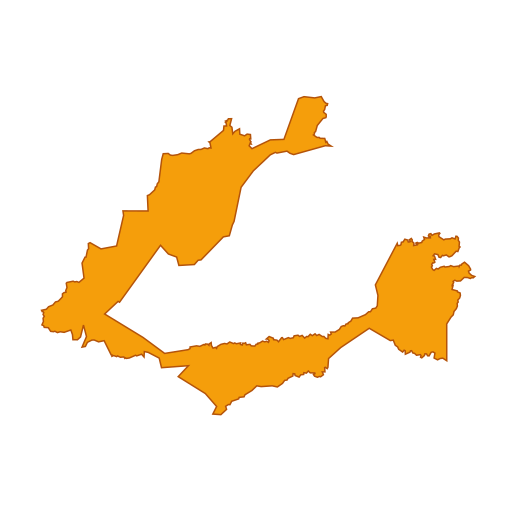 the district of Metlatónoc, Guerrero, Mexico, rotated 267°
{"feature_id": "50627088B85830591431491", "entity_name": "Metlatónoc", "entity_type": "district", "adm_level": 2, "iso_a3": "MEX", "parent_name": "Mexico", "parent_adm1": "Guerrero", "projection": "robinson", "projection_center": [-98.445, 17.124], "detail": "fine", "context": "isolated", "style": "filled", "palette": "amber", "viewbox_px": 512, "rotation_deg": 267, "n_neighbors": 0, "source": "geoboundaries", "source_scale": "gbopen_adm2", "svg_char_len": 6112}
<svg xmlns="http://www.w3.org/2000/svg" viewBox="0 0 512 512"><g transform="rotate(267 256 256)"><path d="M100.4,204.6L99.4,212.6L104.4,218.6L107.5,217.8L109.1,220.6L108.9,222.2L112.2,224.1L114.2,231.2L115.7,231.8L116.0,236.7L118.0,237.7L121.9,244.9L126.3,250.0L125.3,254.3L125.5,265.4L124.1,270.5L127.4,275.8L130.3,278.1L130.5,280.5L132.2,281.6L134.2,286.5L136.6,286.9L136.3,288.5L134.6,288.8L132.8,292.7L135.0,294.4L135.2,297.4L137.0,297.7L136.4,300.2L138.4,302.2L136.5,304.0L136.1,308.6L135.4,308.7L134.6,307.2L132.9,308.2L131.7,311.0L132.4,312.9L132.0,314.2L133.9,317.1L136.8,316.1L136.7,318.8L141.0,318.7L141.2,319.5L139.8,321.2L141.1,322.0L149.8,323.1L160.2,335.9L177.9,365.3L164.5,385.7L164.8,388.7L159.6,390.4L157.8,392.7L155.4,393.6L152.4,397.4L154.2,399.0L153.6,400.0L150.1,400.0L151.9,404.7L153.2,405.3L153.3,406.4L150.9,407.6L150.5,409.2L148.5,411.1L148.9,415.0L148.0,415.6L146.3,415.0L145.6,416.2L147.8,419.0L149.5,419.6L149.3,421.2L147.4,422.1L147.2,423.6L150.7,425.9L151.0,427.7L149.7,429.6L144.8,428.5L142.8,431.9L144.0,434.5L144.2,437.2L141.4,441.0L178.2,442.9L184.7,447.5L186.9,449.9L190.2,450.8L192.9,453.3L195.5,454.5L198.2,454.4L199.4,455.5L201.4,455.2L203.4,457.2L206.0,458.1L208.4,457.9L209.6,455.4L210.6,455.2L212.3,450.0L216.1,451.2L215.9,450.4L216.7,450.4L219.1,452.0L220.3,451.5L221.4,453.3L220.4,455.1L220.4,458.9L223.7,462.8L223.4,466.2L222.3,468.9L223.1,470.3L222.8,471.7L224.1,473.4L225.3,470.4L227.8,467.9L229.8,467.4L230.7,469.5L231.6,469.6L235.2,467.8L238.9,463.9L237.0,460.8L236.2,460.6L236.1,458.9L234.9,458.3L235.4,458.2L235.0,452.8L236.2,449.9L235.4,448.5L235.1,444.1L235.9,443.4L235.1,439.5L233.5,437.2L234.2,435.5L232.3,433.1L233.2,431.8L235.8,430.6L237.0,431.6L238.4,431.0L240.0,432.2L239.7,433.1L240.5,434.3L243.3,433.3L243.2,435.2L246.6,434.2L247.0,432.9L248.8,434.4L247.9,437.7L245.2,438.7L244.8,440.3L246.9,442.2L246.4,443.3L247.1,446.1L245.0,448.7L245.2,449.7L246.0,451.7L250.3,456.1L249.9,457.8L253.8,459.5L254.6,460.7L254.4,459.6L255.1,459.3L259.2,459.9L261.2,458.8L263.3,459.1L265.1,457.8L265.3,456.7L262.6,455.7L263.9,452.7L263.0,450.9L263.0,445.9L262.3,444.4L265.7,439.7L267.5,439.5L269.0,440.8L269.5,440.4L268.7,435.3L267.4,432.8L269.2,431.8L268.8,430.0L267.1,429.2L266.4,429.7L266.5,431.0L265.0,431.1L265.1,427.1L266.1,424.5L263.7,425.1L262.1,422.7L260.8,422.2L260.3,419.1L261.1,417.9L260.8,416.5L260.2,416.4L259.3,418.1L258.7,417.8L258.2,414.0L260.6,414.4L262.4,412.6L263.9,412.9L265.4,412.0L264.3,410.2L262.3,410.8L261.9,409.4L262.2,408.6L263.9,408.6L265.0,405.5L262.4,403.7L262.1,401.9L259.6,401.3L259.1,400.5L258.9,398.1L261.3,397.7L220.9,373.7L210.2,375.7L199.9,374.5L197.7,372.9L197.2,369.5L194.4,367.4L194.4,365.6L191.7,362.2L188.9,354.7L188.9,349.2L186.0,347.3L184.5,344.6L183.6,344.4L183.3,342.3L181.5,341.1L181.8,339.6L181.1,337.4L178.3,335.4L175.9,331.0L176.1,326.5L174.2,327.1L173.1,325.5L173.9,324.0L169.6,323.5L170.1,321.3L172.1,319.6L172.1,318.0L174.4,314.9L173.4,312.5L175.2,310.9L173.5,308.0L175.0,306.1L172.7,303.7L173.0,302.4L171.5,300.3L174.3,297.9L173.4,295.3L174.7,293.8L174.3,289.9L172.4,289.0L171.9,285.8L172.8,284.1L171.1,279.2L173.1,278.1L173.1,277.3L169.2,274.0L170.9,272.5L171.5,269.2L173.0,269.0L174.9,264.9L172.6,262.0L172.4,263.4L170.8,264.7L169.1,263.9L170.3,262.2L169.8,260.2L170.7,258.1L169.1,255.2L168.8,253.2L167.9,253.1L167.9,251.6L166.1,250.1L166.5,246.5L168.1,245.3L167.8,241.7L169.9,241.1L169.3,239.6L169.7,238.4L167.8,237.6L168.5,235.8L170.0,236.1L169.4,231.8L170.3,230.2L169.7,229.0L171.5,225.3L169.7,222.4L170.3,220.0L169.6,216.3L167.5,212.4L165.8,211.8L166.9,210.7L166.2,208.3L169.0,206.8L171.9,206.7L170.6,204.6L169.3,204.3L170.5,203.2L170.8,200.8L169.8,200.3L170.3,199.1L168.7,195.2L169.4,191.9L168.6,185.4L167.0,185.3L166.0,183.3L163.5,159.7L180.6,138.9L206.0,101.8L217.9,115.9L217.0,117.3L271.7,161.2L262.6,168.6L259.1,176.7L250.6,178.5L250.7,194.0L254.8,198.0L255.0,200.9L276.8,224.4L277.6,230.4L288.2,234.0L291.7,235.9L325.4,244.7L341.2,257.8L356.3,275.6L358.5,280.8L357.7,282.3L359.1,292.4L356.8,295.3L355.3,298.9L362.5,331.0L361.8,336.8L364.0,333.8L366.7,332.7L365.9,331.7L369.8,330.8L370.2,326.1L371.1,325.3L371.2,323.1L373.9,319.7L374.7,320.7L376.3,320.8L377.1,322.0L383.1,324.0L389.8,330.0L390.5,333.0L391.4,333.4L393.8,333.5L395.9,331.1L397.2,331.0L398.6,332.2L402.4,333.2L402.7,335.0L404.4,335.5L404.8,333.9L406.7,332.0L411.8,329.5L410.8,322.9L412.6,312.3L410.9,306.7L371.0,290.0L371.2,276.4L363.4,257.6L366.4,254.9L368.4,255.8L368.1,257.0L369.5,256.3L370.2,257.0L372.6,255.6L373.5,255.8L373.3,256.9L377.6,256.8L378.2,253.5L376.6,250.9L378.5,246.2L383.9,246.2L381.6,241.5L379.2,239.2L385.8,238.7L387.7,236.7L394.4,238.8L394.5,235.6L393.2,234.8L392.4,232.8L391.9,233.7L391.0,232.5L390.3,233.2L387.4,233.4L387.5,230.8L383.1,230.1L372.5,216.1L372.4,215.0L371.3,216.0L366.2,216.7L366.5,215.0L365.7,213.6L366.6,210.1L365.3,206.7L365.4,203.9L364.3,200.0L361.9,196.5L361.5,194.8L362.7,187.2L361.3,183.2L360.8,178.2L361.2,175.8L363.0,173.7L363.0,168.7L357.5,166.9L335.2,162.9L333.3,161.2L330.5,160.4L330.1,159.2L327.3,158.3L322.8,152.9L322.0,150.7L306.6,150.6L308.0,125.5L303.4,125.9L273.3,117.3L271.2,101.6L278.0,91.0L277.2,89.2L272.0,89.2L270.7,88.0L263.8,86.2L263.8,85.2L258.0,81.9L242.9,83.1L238.9,77.8L239.9,75.7L239.6,73.6L240.4,72.1L239.5,65.9L238.7,65.1L234.4,65.6L231.4,64.2L229.8,64.4L229.5,62.4L228.3,60.7L225.4,60.6L224.0,59.2L221.2,56.2L220.6,53.3L217.7,50.6L216.2,46.2L213.8,43.9L213.0,39.0L211.6,39.6L211.6,40.4L210.7,41.1L208.7,40.3L206.9,41.4L205.0,40.1L201.7,40.3L198.4,38.6L197.5,40.3L195.8,40.8L195.3,44.8L191.5,47.0L191.0,49.9L191.4,51.2L189.9,53.7L190.6,56.5L189.8,60.4L191.8,67.2L187.1,68.6L182.0,68.8L181.7,73.3L184.3,76.5L196.1,80.1L184.4,82.5L174.1,77.5L174.6,80.9L178.6,83.1L180.6,87.6L180.6,90.0L178.5,94.3L179.4,99.9L164.8,106.2L164.7,107.0L163.4,106.9L164.0,108.7L162.8,111.6L163.5,112.4L162.0,115.3L162.1,118.7L160.6,119.7L161.1,120.3L160.5,121.3L160.8,124.2L163.2,130.6L162.5,131.6L163.9,136.6L161.0,138.9L166.4,139.5L165.4,143.3L159.1,154.0L149.4,155.8L150.0,182.8L139.6,172.0L121.3,198.2L107.8,208.8L100.4,204.6Z" fill="#f59e0b" stroke="#b45309" stroke-width="1.5"/></g></svg>